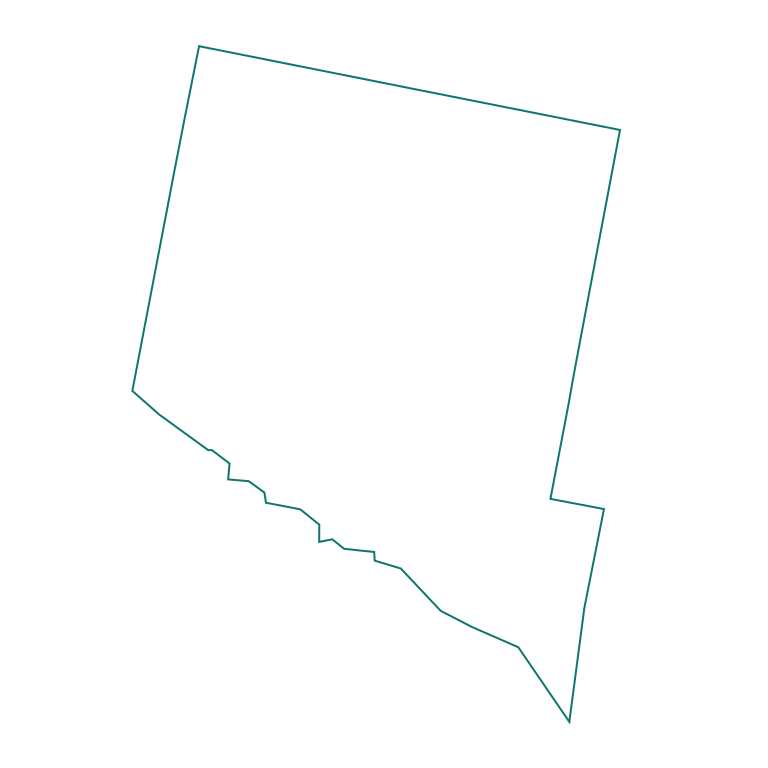 Attala, Mississippi, United States of America, rotated 281°
{"feature_id": "52423323B11508580197102", "entity_name": "Attala", "entity_type": "district", "adm_level": 2, "iso_a3": "USA", "parent_name": "United States of America", "parent_adm1": "Mississippi", "projection": "equal_earth", "projection_center": [-89.691, 33.083], "detail": "fine", "context": "isolated", "style": "outline", "palette": "teal", "viewbox_px": 768, "rotation_deg": 281, "n_neighbors": 0, "source": "geoboundaries", "source_scale": "gbopen_adm2", "svg_char_len": 585}
<svg xmlns="http://www.w3.org/2000/svg" viewBox="0 0 768 768"><g transform="rotate(281 384 384)"><path d="M678.4,567.2L679.1,404.8L679.3,352.2L680.3,138.0L603.0,137.6L555.1,137.6L380.5,138.1L329.2,138.3L311.3,168.8L285.5,224.1L286.3,227.7L276.4,247.6L260.6,249.2L262.8,269.7L254.6,287.3L244.9,290.8L245.0,325.7L233.6,347.3L216.6,350.5L221.7,362.8L214.6,376.3L217.2,406.4L208.8,408.6L206.1,435.7L172.1,483.0L162.2,516.9L151.2,566.1L87.7,630.4L202.3,623.4L303.2,623.8L303.0,569.3L401.0,569.0L421.2,568.6L458.9,568.3L678.4,567.2Z" fill="none" stroke="#0f766e" stroke-width="2"/></g></svg>